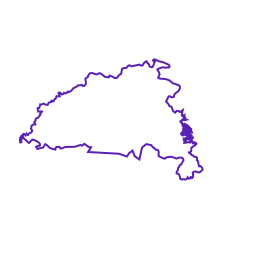 outline of Santa María Chilchotla, Oaxaca, Mexico, rotated 36°
{"feature_id": "50627088B76224876004944", "entity_name": "Santa María Chilchotla", "entity_type": "district", "adm_level": 2, "iso_a3": "MEX", "parent_name": "Mexico", "parent_adm1": "Oaxaca", "projection": "orthographic", "projection_center": [-96.72, 18.289], "detail": "fine", "context": "isolated", "style": "outline", "palette": "violet", "viewbox_px": 256, "rotation_deg": 36, "n_neighbors": 0, "source": "geoboundaries", "source_scale": "gbopen_adm2", "svg_char_len": 5799}
<svg xmlns="http://www.w3.org/2000/svg" viewBox="0 0 256 256"><g transform="rotate(36 128 128)"><path d="M109.8,170.9L135.9,154.1L143.9,151.7L143.7,147.9L144.9,143.6L150.0,146.8L155.7,146.8L151.0,136.0L150.9,135.3L152.2,130.5L152.6,130.1L157.0,128.2L159.3,129.0L160.7,128.7L163.2,129.3L164.9,128.3L166.5,128.8L169.3,132.7L174.3,131.9L176.0,130.9L176.0,129.8L176.9,128.6L179.3,126.2L183.1,124.7L185.2,124.3L186.5,122.2L188.2,120.8L189.3,120.3L190.5,120.5L191.8,121.4L192.4,126.3L191.7,127.7L192.2,129.1L192.0,131.0L193.0,132.6L193.4,135.5L194.1,136.1L196.3,135.5L199.1,137.1L199.8,138.3L201.6,138.3L202.7,136.9L204.6,136.1L205.4,134.8L205.2,132.8L206.8,133.4L208.1,131.9L207.5,130.8L208.1,130.6L208.5,131.0L209.3,130.7L209.4,129.7L208.9,128.5L208.0,127.8L208.0,127.0L206.6,126.1L207.0,124.6L208.0,123.5L211.6,122.3L212.4,120.6L212.8,117.8L211.6,116.7L209.1,116.2L207.9,117.2L204.1,113.8L202.5,113.5L202.0,112.3L200.9,111.3L198.0,112.4L197.1,112.0L195.3,112.5L194.4,112.0L192.0,112.2L191.6,111.9L192.7,110.9L192.8,109.8L190.9,106.5L192.5,102.3L192.7,100.6L191.9,100.3L191.9,100.9L191.1,101.6L190.5,101.6L190.5,100.9L190.1,100.7L189.5,102.2L187.7,101.4L187.8,100.9L187.2,100.7L186.9,101.1L185.9,100.8L186.0,102.7L187.0,102.9L186.9,103.3L185.7,103.5L182.3,107.0L181.8,106.1L182.7,105.3L182.5,104.5L181.8,104.4L182.0,103.3L180.6,103.6L180.5,104.4L180.8,104.8L180.1,104.9L180.1,104.2L179.6,103.8L180.4,103.6L180.4,102.8L179.3,102.7L180.9,102.7L181.0,101.9L181.5,102.5L181.8,102.3L181.9,102.8L182.3,102.1L182.6,102.3L182.9,101.9L182.0,101.5L182.3,100.9L181.4,100.8L181.5,100.0L182.0,99.9L181.9,100.6L182.5,100.4L182.6,100.9L183.4,101.2L183.2,100.4L183.8,100.7L184.4,100.1L183.1,99.5L182.7,98.8L182.5,99.6L182.3,99.5L182.6,98.6L183.9,99.1L183.6,98.6L184.0,98.4L183.7,98.1L183.4,98.4L182.7,98.2L183.0,97.6L182.5,98.0L181.9,97.6L182.8,97.1L184.0,97.3L184.1,98.1L184.7,97.9L184.4,98.5L184.7,98.7L184.3,99.2L184.9,99.4L185.0,100.2L185.3,100.0L185.0,98.8L185.5,98.7L185.1,98.1L186.1,98.2L185.9,98.9L186.2,99.0L186.4,97.9L184.8,97.6L184.0,96.7L183.3,96.5L181.6,96.8L180.7,96.1L180.7,96.9L180.1,96.7L180.0,97.1L179.6,96.6L180.2,96.3L180.1,96.0L180.6,96.1L180.2,95.4L181.4,94.7L180.8,94.6L179.7,95.3L179.7,95.6L179.4,95.5L179.1,96.7L179.3,97.6L180.7,97.7L180.4,98.3L180.7,98.6L180.1,98.7L180.1,99.5L178.6,98.9L178.6,99.9L177.4,99.9L177.5,100.3L176.4,100.6L176.7,101.2L176.4,101.3L176.5,101.9L175.6,102.1L176.0,101.8L175.6,101.0L177.1,99.9L175.5,100.4L174.9,99.9L175.0,100.7L174.6,100.9L174.9,101.7L174.3,101.6L174.2,100.9L174.9,99.1L174.2,98.6L174.3,98.1L175.2,97.7L174.9,98.7L175.8,99.5L175.5,98.8L175.8,98.0L176.5,97.5L176.5,98.5L176.1,99.0L177.0,98.7L177.2,99.6L177.5,98.3L178.4,98.6L177.9,97.4L178.6,96.9L177.8,97.0L178.5,96.1L177.9,96.0L178.3,95.7L179.1,95.9L179.4,95.3L178.2,95.1L176.4,95.7L176.3,96.5L176.0,96.6L176.2,95.6L174.9,95.4L175.4,94.3L175.9,94.3L176.0,94.8L176.5,93.2L177.3,93.9L177.1,94.6L178.1,93.8L178.5,94.3L179.3,93.4L178.9,93.0L179.2,92.6L179.3,93.9L180.0,93.2L181.0,93.2L180.1,92.6L179.8,91.9L177.9,91.5L178.6,92.4L178.0,92.8L177.7,92.4L177.4,92.8L177.1,91.7L173.5,90.6L175.6,92.2L174.1,92.2L172.2,91.1L171.6,91.3L171.9,91.7L172.9,91.8L173.7,92.8L174.2,92.9L172.3,93.6L172.2,92.8L171.8,94.1L173.0,93.7L174.1,94.0L173.5,94.4L174.0,94.9L173.5,95.5L174.1,96.0L173.8,96.4L173.1,96.4L172.6,94.6L169.8,93.2L171.2,92.6L171.1,92.3L169.4,92.5L167.8,91.7L166.7,92.2L166.4,92.0L167.1,89.5L167.3,90.1L168.6,88.3L169.1,88.4L170.4,86.9L169.0,87.2L168.3,86.9L168.1,86.5L168.3,86.1L167.6,85.7L167.3,86.8L166.3,86.3L165.9,84.8L165.4,86.0L164.7,86.4L164.2,86.1L164.8,85.5L163.9,85.2L163.1,84.4L161.8,81.4L160.9,84.3L160.2,84.7L159.4,84.4L157.3,85.6L157.1,87.9L154.4,87.7L150.7,85.3L148.6,85.9L146.4,84.8L143.3,84.3L142.3,78.8L142.8,77.9L145.7,77.3L146.7,75.9L145.9,73.6L146.0,72.0L147.1,68.5L147.0,67.5L146.8,65.6L145.8,64.1L144.2,63.5L138.0,65.4L133.1,65.2L129.1,66.6L125.3,69.0L123.3,69.8L122.8,69.5L122.2,66.3L120.4,64.7L117.6,63.7L117.3,62.9L120.2,58.6L122.8,57.2L125.7,54.7L125.3,53.6L124.5,53.1L123.1,53.0L118.7,53.9L113.2,56.0L109.7,56.6L108.8,57.2L108.4,58.2L108.6,58.7L109.1,58.8L110.6,58.4L112.0,63.4L111.9,64.4L110.6,65.4L109.2,65.4L107.3,64.1L105.6,64.0L104.4,63.3L103.5,63.3L102.7,66.2L103.0,68.9L101.9,69.8L100.1,69.9L94.5,76.1L92.5,76.3L92.0,76.8L91.6,77.6L91.3,80.3L89.2,82.3L88.4,83.7L90.5,87.9L90.6,88.6L89.8,89.7L89.5,94.1L88.1,95.3L85.2,95.6L82.3,96.4L82.6,98.4L79.1,100.2L75.5,99.9L73.1,100.2L72.4,100.7L71.8,102.2L70.7,103.4L66.6,104.6L65.1,106.1L64.8,108.1L65.5,110.4L64.8,112.0L64.7,113.4L67.4,116.1L68.0,117.6L67.8,119.8L66.7,120.5L65.3,120.2L64.2,121.6L62.5,122.8L62.2,124.5L60.4,128.0L60.2,131.3L59.1,133.7L57.9,133.9L57.8,135.5L57.1,136.8L55.5,137.1L55.6,138.3L55.0,139.6L54.3,139.9L53.0,139.4L52.0,139.4L51.1,140.2L51.4,140.8L52.9,141.5L54.1,142.5L51.5,144.3L52.2,146.5L51.7,148.0L52.1,150.2L50.1,150.9L50.7,152.0L48.9,154.1L49.4,155.9L49.1,156.8L47.7,157.5L45.5,157.8L43.6,160.6L43.2,160.6L44.4,164.0L44.1,164.6L43.3,165.0L43.9,166.1L45.7,167.5L48.1,165.5L48.7,165.3L48.7,166.9L48.4,166.9L49.2,168.6L48.8,168.7L49.2,169.6L49.3,172.4L48.3,173.7L48.0,174.9L48.8,176.4L48.7,178.3L49.7,178.7L50.0,179.4L50.8,179.3L50.9,179.8L49.6,180.4L48.6,182.7L50.1,185.7L52.1,186.4L52.4,188.4L51.9,189.0L50.9,191.5L51.2,192.4L50.2,192.7L49.3,192.3L49.5,194.2L47.5,193.8L46.9,194.2L46.8,195.2L47.8,196.2L46.4,197.0L46.6,199.6L47.4,200.4L47.6,201.4L49.3,203.0L50.1,202.1L49.0,201.0L48.5,199.8L48.3,198.8L48.7,197.5L56.6,198.4L57.4,193.6L60.0,192.6L63.1,192.2L65.4,192.3L66.7,193.3L67.0,193.8L66.8,194.4L65.8,195.4L64.7,197.2L66.9,198.2L70.8,193.7L70.6,189.7L72.3,189.5L76.8,190.1L81.9,188.2L81.1,186.2L81.3,185.4L83.7,183.5L85.0,184.1L86.0,184.0L88.5,180.1L96.0,174.5L99.5,169.7L101.3,169.2L102.0,166.4L107.0,166.5L109.4,165.3L109.8,170.9Z" fill="none" stroke="#5b21b6" stroke-width="2"/></g></svg>